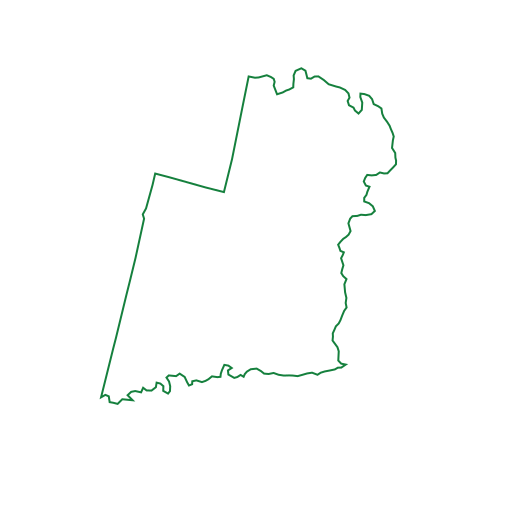 Manoel Ribas, Paraná, Brazil, rotated 293°
{"feature_id": "56859067B35408611048404", "entity_name": "Manoel Ribas", "entity_type": "district", "adm_level": 2, "iso_a3": "BRA", "parent_name": "Brazil", "parent_adm1": "Paraná", "projection": "natural_earth1", "projection_center": [-51.634, -24.495], "detail": "fine", "context": "isolated", "style": "outline", "palette": "green", "viewbox_px": 512, "rotation_deg": 293, "n_neighbors": 0, "source": "geoboundaries", "source_scale": "gbopen_adm2", "svg_char_len": 2666}
<svg xmlns="http://www.w3.org/2000/svg" viewBox="0 0 512 512"><g transform="rotate(293 256 256)"><path d="M65.4,168.6L69.3,171.6L69.3,175.3L64.3,178.4L65.1,181.8L65.8,186.4L71.9,188.9L75.0,198.8L77.7,192.2L82.2,194.2L84.5,197.6L85.6,203.5L90.6,203.6L89.5,207.8L91.3,212.4L96.1,215.1L100.6,214.0L101.2,217.8L100.0,221.6L95.6,223.3L95.0,228.8L98.0,229.6L102.6,227.9L106.5,225.0L109.1,221.1L112.0,222.4L114.2,229.4L117.9,231.7L116.8,237.6L113.0,241.8L110.6,244.9L113.0,247.3L115.8,246.3L118.2,249.7L118.8,255.5L121.3,258.3L124.0,260.4L128.0,262.5L129.4,267.8L130.9,270.5L133.8,269.6L137.4,269.3L143.4,269.4L144.3,273.4L143.4,277.4L139.7,274.9L136.1,276.9L135.3,283.6L137.3,286.1L140.5,288.3L140.0,291.8L142.9,291.8L146.0,292.8L149.7,295.4L152.6,300.6L152.0,305.6L150.9,309.4L152.3,313.7L155.2,317.9L155.5,323.2L156.8,328.3L159.0,333.1L160.3,336.5L161.7,341.3L164.8,345.2L167.9,349.0L170.5,353.2L170.7,359.0L173.9,361.2L176.6,364.4L179.2,368.3L182.4,372.9L185.2,375.0L186.6,378.1L191.1,381.0L190.2,376.5L191.9,372.6L200.6,369.4L203.9,366.6L208.1,359.5L211.9,358.3L214.8,356.9L218.7,357.0L222.5,357.0L226.2,358.5L229.8,358.8L235.2,358.6L240.0,358.6L244.0,359.5L247.8,356.9L252.7,355.6L257.4,352.2L264.5,348.4L270.1,348.3L271.5,344.2L273.6,341.2L277.1,340.6L281.6,340.1L287.2,335.2L290.9,335.5L293.7,335.4L293.7,331.7L296.3,329.4L298.5,327.2L302.1,328.2L305.9,329.6L308.6,331.4L311.8,332.9L315.9,333.3L322.2,328.3L327.2,328.1L330.3,329.2L332.5,333.6L335.0,336.5L336.5,341.0L339.6,345.9L343.9,347.8L347.4,344.1L348.8,339.4L348.5,334.3L351.8,332.9L355.4,333.8L358.6,333.4L364.1,333.4L363.8,329.6L366.7,326.1L370.6,326.0L374.1,326.7L375.4,331.0L377.6,335.0L381.3,337.4L382.0,341.6L383.5,344.7L387.3,346.1L391.1,347.6L395.1,349.0L398.5,347.7L401.0,345.9L405.2,343.9L408.6,339.0L416.0,336.8L419.8,336.1L422.6,333.7L425.7,330.4L428.1,328.1L430.7,324.3L433.4,319.6L436.3,316.6L440.8,313.8L441.6,310.0L441.8,305.0L445.7,301.6L447.7,297.6L447.4,292.5L446.3,288.7L443.1,289.9L438.7,293.9L431.8,296.3L427.2,294.7L428.6,290.2L430.7,287.8L431.1,282.7L434.5,279.8L438.3,280.2L441.8,277.6L443.7,273.2L443.9,267.3L443.3,263.6L442.5,255.8L444.5,249.6L445.7,243.3L444.1,239.8L440.7,237.3L439.7,233.8L443.3,231.1L445.9,229.1L446.5,224.4L441.9,220.1L436.9,220.1L433.6,221.8L429.2,223.1L425.8,224.4L422.2,221.5L420.1,219.1L417.0,216.7L413.1,212.2L419.8,205.7L423.6,205.1L426.0,203.1L426.6,199.8L426.6,195.3L421.4,188.7L419.7,185.4L418.4,179.1L389.5,185.0L335.8,196.1L302.3,201.5L299.4,182.8L294.6,145.4L292.5,131.0L281.0,133.0L256.8,136.2L250.1,135.5L246.6,138.4L206.9,145.9L183.0,149.8L169.0,152.0L125.8,159.1L115.1,160.7L65.4,168.6Z" fill="none" stroke="#15803d" stroke-width="2"/></g></svg>